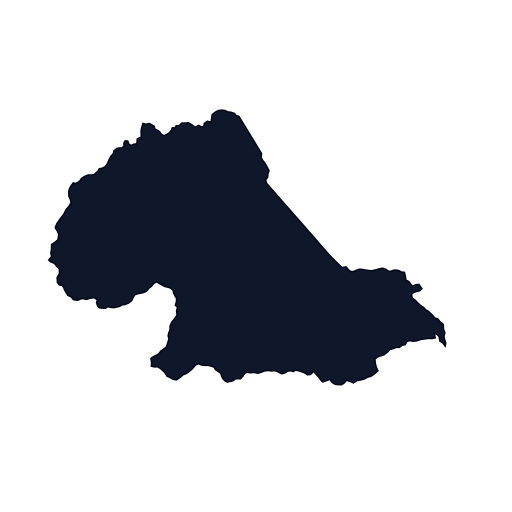 the district of Nova Friburgo, Rio de Janeiro, Brazil, rotated 11°
{"feature_id": "56859067B93377286663386", "entity_name": "Nova Friburgo", "entity_type": "district", "adm_level": 2, "iso_a3": "BRA", "parent_name": "Brazil", "parent_adm1": "Rio de Janeiro", "projection": "robinson", "projection_center": [-42.493, -22.307], "detail": "fine", "context": "isolated", "style": "filled", "palette": "ink", "viewbox_px": 512, "rotation_deg": 11, "n_neighbors": 0, "source": "geoboundaries", "source_scale": "gbopen_adm2", "svg_char_len": 4463}
<svg xmlns="http://www.w3.org/2000/svg" viewBox="0 0 512 512"><g transform="rotate(11 256 256)"><path d="M212.6,122.2L209.6,121.9L207.7,120.2L204.3,119.7L200.8,119.9L197.9,119.1L194.8,119.3L191.2,120.4L188.7,122.5L186.0,125.5L186.2,129.9L186.4,133.2L182.5,133.0L179.9,135.8L180.1,138.7L177.8,139.7L174.7,138.7L171.8,141.3L167.8,139.4L164.1,138.1L161.5,139.0L157.9,139.6L155.6,142.8L152.8,143.3L152.0,145.8L149.4,146.1L148.9,148.8L147.2,151.8L144.9,154.0L142.7,155.5L139.8,154.5L137.4,152.2L135.0,151.4L132.3,150.5L131.4,148.1L129.2,147.3L126.1,146.3L122.7,147.7L119.8,147.4L119.4,150.5L119.2,154.2L119.8,157.4L120.7,161.0L117.1,163.7L117.6,168.6L114.4,169.7L112.2,171.4L109.7,170.3L108.2,167.6L105.6,167.9L104.8,170.3L105.5,173.1L103.6,175.7L101.1,176.0L98.9,177.0L96.6,179.7L96.3,182.9L94.5,185.9L93.3,189.9L92.4,194.2L90.7,197.3L88.1,199.3L85.5,200.2L84.7,202.7L83.1,204.9L81.3,207.1L79.0,207.9L75.7,208.5L72.4,210.7L70.0,213.1L68.8,215.8L67.2,217.7L64.9,219.3L62.6,219.1L61.1,222.4L60.1,225.2L59.9,228.5L60.9,233.0L63.2,236.3L64.3,239.0L62.8,243.2L60.8,246.3L60.1,248.8L59.5,251.3L58.3,253.8L57.1,255.9L55.8,259.0L54.3,262.3L53.6,266.6L56.3,269.5L58.4,272.5L58.4,278.0L55.6,281.4L53.1,283.7L53.9,287.9L54.1,292.5L55.5,295.5L53.3,299.5L55.4,300.9L59.6,301.7L62.2,304.1L65.4,306.3L66.4,310.7L64.9,315.2L66.1,319.8L68.5,322.0L71.1,321.7L73.2,323.5L74.7,326.0L76.9,328.5L78.8,330.6L82.0,331.2L85.1,333.7L89.3,333.6L92.7,331.1L95.3,330.9L98.0,330.9L101.0,329.2L104.9,327.8L108.7,329.3L108.4,332.4L110.1,335.3L112.3,336.8L114.8,336.5L118.2,336.0L120.1,334.0L123.1,334.2L126.7,333.7L129.7,332.4L131.9,331.4L133.8,329.5L136.6,328.6L139.9,326.5L142.6,323.3L143.2,320.6L144.2,317.5L146.5,315.9L150.0,314.5L153.6,312.8L156.0,310.5L156.9,308.0L158.9,306.0L161.0,302.2L163.7,300.4L166.4,301.4L169.6,302.4L172.1,303.3L174.9,303.4L178.0,303.7L181.1,305.4L182.3,308.1L184.2,310.7L186.0,312.5L186.6,315.7L186.3,319.8L188.7,321.1L188.5,325.0L189.8,329.2L188.2,332.8L185.9,337.3L185.0,341.1L185.7,344.7L185.0,348.2L185.0,351.2L186.4,353.9L185.8,359.0L185.5,362.1L183.2,364.9L180.9,367.2L178.9,371.0L176.3,373.0L174.3,374.5L172.4,376.6L173.9,380.8L174.3,384.2L177.8,384.2L180.6,383.5L183.1,384.4L186.1,386.0L189.4,388.4L191.6,391.0L194.3,391.5L196.9,392.5L199.3,392.9L201.6,392.7L203.5,390.9L205.5,388.6L207.2,386.4L209.5,385.0L212.3,382.3L214.8,379.2L216.4,376.4L218.0,373.9L220.6,372.7L223.0,373.4L226.4,373.2L229.9,372.5L233.5,372.7L236.3,373.2L237.8,375.2L240.6,376.4L243.9,377.9L245.4,380.8L247.2,383.0L249.6,384.6L251.9,385.2L254.6,384.1L257.6,382.6L259.0,380.7L261.7,379.8L264.2,379.5L265.9,376.7L267.2,373.5L269.5,371.7L272.3,371.8L276.4,370.7L280.4,370.7L283.4,369.0L286.9,366.9L290.4,366.0L293.2,365.9L295.6,365.1L298.2,365.0L301.5,366.1L303.8,366.7L306.7,365.3L309.2,362.9L312.1,362.0L314.7,362.3L316.6,360.5L319.7,360.5L322.6,360.9L325.9,361.4L329.2,362.8L332.1,361.9L334.6,358.3L338.1,361.0L341.4,363.4L343.2,365.4L345.6,366.9L349.3,364.7L352.0,363.0L353.8,364.7L356.1,366.2L358.8,366.9L361.5,366.5L364.4,366.1L366.7,364.0L368.7,360.7L371.3,361.1L373.6,361.4L375.8,362.0L379.0,359.0L382.3,357.7L385.4,356.3L388.6,353.7L391.8,352.1L394.7,349.2L397.6,345.4L395.0,341.7L393.5,338.4L392.4,334.4L394.8,331.8L397.3,330.3L400.3,328.7L403.4,325.3L405.1,322.3L407.9,321.0L411.3,318.8L414.4,318.3L416.4,315.7L419.4,314.5L420.4,311.1L422.8,309.8L426.3,309.7L429.6,308.8L433.6,306.5L436.5,305.5L441.0,304.0L444.7,303.4L447.6,302.1L445.6,297.9L448.6,298.4L451.1,300.2L452.8,304.5L456.0,305.7L458.9,308.4L458.9,305.3L457.3,302.4L455.9,299.5L456.0,295.1L454.0,292.2L453.5,289.6L452.6,287.2L448.8,285.2L446.5,283.0L443.3,282.8L440.8,280.6L437.9,278.8L435.8,277.4L433.0,276.5L430.3,274.5L427.1,273.2L423.9,271.3L420.8,269.0L417.3,267.4L416.0,263.9L417.6,261.9L420.3,260.2L423.6,258.8L425.1,256.4L423.1,254.5L421.4,252.8L418.5,253.6L415.5,255.9L413.1,254.0L410.8,251.9L407.8,251.1L406.7,247.9L404.8,243.7L401.8,244.0L399.6,243.2L396.5,243.0L394.0,243.6L391.2,245.3L388.8,245.6L386.1,244.3L382.6,243.8L378.8,245.4L375.6,247.0L372.9,248.3L369.6,248.7L365.3,248.9L362.0,248.9L359.6,249.4L357.3,250.9L354.3,252.8L351.9,253.2L349.4,251.8L346.4,249.5L342.6,250.9L330.7,243.1L326.8,240.2L317.2,232.8L313.2,229.6L305.0,223.2L302.9,221.7L298.4,218.1L279.2,203.3L268.1,194.7L252.6,182.7L250.9,179.4L252.4,176.6L252.0,172.9L252.5,169.7L250.2,166.9L247.1,163.2L244.5,161.0L242.1,158.2L241.9,154.4L221.3,131.7L216.0,125.9L212.6,122.2Z" fill="#0f172a" stroke="#020617" stroke-width="1.5"/></g></svg>